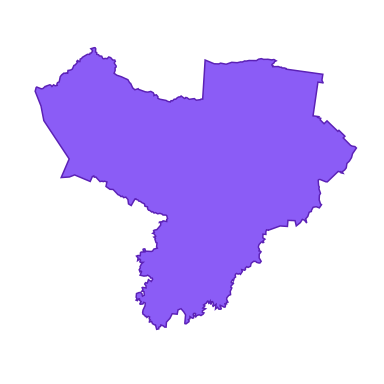 the district of Barossa, South Australia, Australia, rotated 273°
{"feature_id": "25037944B31531764292735", "entity_name": "Barossa", "entity_type": "district", "adm_level": 2, "iso_a3": "AUS", "parent_name": "Australia", "parent_adm1": "South Australia", "projection": "albers", "projection_center": [138.893, -34.613], "detail": "fine", "context": "isolated", "style": "filled", "palette": "violet", "viewbox_px": 384, "rotation_deg": 273, "n_neighbors": 0, "source": "geoboundaries", "source_scale": "gbopen_adm2", "svg_char_len": 5975}
<svg xmlns="http://www.w3.org/2000/svg" viewBox="0 0 384 384"><g transform="rotate(273 192 192)"><path d="M244.5,353.9L245.9,352.3L246.2,349.6L246.9,347.9L253.9,340.2L255.7,341.8L261.3,335.5L260.2,334.5L270.1,323.1L267.1,320.3L270.7,316.3L272.3,316.7L273.0,313.8L273.9,314.6L274.4,308.9L308.3,312.0L307.9,317.1L307.3,317.5L310.4,315.9L316.4,316.5L319.6,279.6L320.2,279.6L320.7,277.8L320.6,275.4L321.3,274.9L321.2,273.3L321.8,271.8L321.4,266.1L322.4,266.2L322.5,265.4L323.6,265.2L325.3,267.2L326.5,267.6L327.4,269.2L328.6,266.9L328.1,264.7L328.5,261.0L328.2,256.5L328.8,254.3L328.1,251.5L326.6,249.5L326.3,242.0L325.5,239.0L325.7,237.9L324.4,235.3L324.5,233.9L323.5,230.4L323.6,224.9L321.4,219.4L322.2,213.8L321.3,212.0L321.2,207.5L324.5,198.2L285.3,197.8L285.3,196.2L284.7,195.8L283.9,191.5L285.4,189.4L284.4,184.4L286.0,181.9L286.0,180.6L285.3,180.4L285.0,179.6L287.3,176.1L286.3,175.0L286.2,173.7L285.4,172.4L283.8,170.9L283.7,169.3L282.1,167.9L282.1,166.3L280.8,165.6L281.2,163.0L282.1,161.3L283.0,154.9L283.8,153.0L285.4,153.0L287.2,151.3L286.4,149.0L287.3,149.1L289.1,148.1L290.3,145.6L289.4,142.6L289.6,140.1L291.8,132.9L292.3,132.8L291.1,129.6L292.9,127.3L297.3,125.0L297.8,124.0L300.7,122.2L303.4,115.5L304.7,110.8L306.5,108.0L309.4,108.9L312.0,108.7L312.7,109.6L313.8,109.7L316.5,107.7L317.6,107.8L318.3,108.6L319.7,108.0L319.7,105.9L321.9,103.8L322.5,101.8L320.7,100.3L320.9,98.2L320.4,97.0L320.7,95.9L322.9,94.7L323.1,92.3L324.2,91.5L324.5,89.7L326.3,89.5L326.8,88.3L330.0,88.4L331.0,87.7L331.0,86.8L329.8,83.5L328.1,85.2L327.4,85.2L325.6,84.2L325.3,83.0L324.1,82.6L324.0,80.3L320.8,75.5L319.5,74.7L318.9,73.4L316.4,73.2L316.4,72.3L317.4,70.9L316.5,70.1L315.5,70.8L313.0,68.9L312.1,67.4L308.5,66.1L307.4,64.3L306.9,61.8L304.1,61.6L304.4,60.1L303.9,59.8L304.0,57.8L302.1,55.7L300.3,54.4L295.0,53.6L294.2,52.0L292.6,51.4L291.4,51.8L290.9,49.8L291.8,48.2L290.0,46.6L291.4,45.3L291.6,44.4L290.1,40.7L289.6,40.5L289.7,39.8L287.5,37.7L287.2,36.0L288.7,31.5L288.2,30.9L284.4,30.1L270.0,36.7L255.5,40.3L218.6,67.6L199.6,60.6L200.6,68.8L202.9,73.9L197.2,89.8L202.2,91.7L202.9,93.1L201.7,93.6L201.9,95.2L197.6,99.6L198.1,101.6L197.7,102.8L198.2,103.9L197.6,106.5L193.0,105.8L190.4,109.9L190.4,113.1L185.5,118.2L184.8,120.1L183.7,121.3L184.1,122.8L182.8,124.0L183.4,126.2L181.2,128.4L176.8,129.2L175.3,132.0L182.1,135.4L182.3,136.3L181.7,136.5L181.2,138.5L180.2,139.2L179.8,141.3L179.0,142.0L177.7,145.1L175.3,145.8L174.9,148.3L172.8,148.6L171.6,149.6L171.3,150.9L169.9,152.8L170.3,153.8L169.0,155.2L169.5,156.6L168.4,158.9L169.0,161.1L168.4,163.2L167.5,164.2L167.6,167.1L167.1,168.0L164.1,169.0L163.3,168.2L161.2,168.3L161.7,164.6L160.8,164.1L160.3,161.1L159.8,161.0L160.1,162.4L157.2,162.4L152.6,158.9L151.9,156.2L151.2,155.6L149.8,156.5L148.7,155.0L148.4,156.1L146.0,158.1L145.5,157.8L145.0,156.3L143.7,157.9L142.8,157.5L139.6,158.7L139.3,159.7L135.4,159.5L134.1,160.3L133.0,156.9L131.0,155.7L130.5,154.6L130.5,148.8L132.7,147.9L132.7,147.0L132.3,146.2L131.6,146.1L129.7,147.7L129.4,144.4L128.6,143.7L125.7,143.7L125.8,141.4L125.1,139.9L123.2,141.6L120.7,141.3L122.3,143.3L121.4,144.2L119.8,143.6L119.1,144.0L119.2,146.9L117.6,145.3L114.6,144.0L113.5,144.4L111.6,143.3L109.6,144.2L110.4,145.1L109.7,145.8L106.2,144.5L105.5,148.4L105.9,150.9L106.6,152.0L105.3,154.5L104.0,155.1L103.9,156.8L102.8,157.3L100.5,156.0L102.2,153.1L98.9,152.2L98.6,151.8L99.1,150.6L98.3,149.8L97.5,149.6L95.9,151.0L93.8,151.1L94.2,147.8L93.9,147.2L91.7,148.1L90.3,147.1L90.4,148.2L89.9,149.3L86.5,149.8L85.4,148.0L87.9,147.3L89.0,145.9L88.8,144.3L87.7,141.9L84.0,141.7L82.4,142.7L81.1,141.8L80.6,143.2L82.6,144.5L82.6,145.1L80.9,145.5L80.0,146.9L77.8,145.8L77.2,146.1L77.6,148.8L79.3,149.7L78.6,151.2L75.8,151.0L71.6,149.3L69.0,149.0L67.4,149.5L66.4,151.2L65.2,152.0L65.3,153.0L64.4,153.5L65.5,154.8L65.0,156.2L63.1,155.9L62.2,157.0L60.9,156.2L59.9,156.3L60.6,158.4L58.5,159.4L57.3,161.7L57.3,162.5L53.0,163.9L53.6,166.0L55.2,166.0L56.1,167.6L57.6,167.9L56.7,170.6L55.7,171.6L55.7,173.2L60.7,173.3L64.7,176.6L69.4,178.6L69.2,183.6L73.5,184.2L74.9,187.1L71.9,190.0L69.0,192.0L60.7,191.7L60.2,191.8L60.0,192.9L62.3,195.7L63.2,195.9L64.3,195.1L65.4,196.6L67.4,196.5L66.0,199.0L66.3,200.1L67.8,200.4L69.4,199.6L70.7,199.9L71.0,201.3L70.5,202.0L68.8,201.4L67.5,202.3L68.8,203.2L69.8,205.5L69.1,207.4L70.6,209.5L71.9,210.3L72.4,208.6L74.0,208.7L76.1,211.6L76.7,208.9L78.9,210.8L79.8,209.5L81.8,212.1L83.8,213.2L83.8,213.8L82.0,214.5L83.9,215.8L81.8,215.8L81.1,216.6L81.3,217.1L83.5,217.3L83.6,218.3L81.9,219.2L79.4,218.7L78.9,219.1L81.1,221.9L76.4,221.6L78.2,223.4L76.4,225.0L76.5,227.0L77.3,227.3L79.7,226.0L80.4,226.1L78.7,230.1L78.9,231.1L80.2,231.4L82.0,230.8L82.0,232.4L83.6,232.2L83.9,233.6L86.6,232.2L88.2,232.3L90.6,234.1L91.5,235.9L94.8,235.4L98.3,236.8L98.9,235.8L100.2,235.9L102.9,238.2L103.7,237.7L103.2,237.1L103.5,236.0L104.3,235.9L106.5,237.1L105.7,238.1L108.3,238.7L109.4,240.0L111.0,239.5L112.2,239.8L113.0,240.8L112.4,242.3L113.0,243.7L112.3,244.7L115.2,246.4L117.1,245.7L116.6,248.8L117.7,249.5L118.7,249.2L120.3,250.6L119.6,251.9L120.9,254.3L123.9,254.8L126.0,257.2L126.0,259.2L125.1,260.3L124.6,262.5L124.7,263.6L126.4,264.7L129.7,262.5L133.4,262.4L135.9,264.1L136.5,263.5L136.7,262.0L138.4,262.3L139.8,261.3L141.3,261.2L143.2,261.8L145.7,263.9L145.8,264.6L145.1,265.4L145.4,266.2L147.1,265.6L148.7,267.3L150.0,265.1L153.6,265.1L153.5,268.0L156.2,267.8L158.1,268.4L157.8,270.3L158.2,270.4L158.1,270.9L162.7,281.8L162.6,289.1L168.7,289.3L168.8,296.4L163.6,297.9L167.1,301.8L170.4,303.6L169.8,305.7L167.0,308.2L171.3,307.0L173.6,308.9L177.9,310.1L178.8,312.2L180.1,312.3L183.1,313.8L183.8,316.8L182.8,320.0L186.1,322.0L186.9,320.9L190.9,319.4L195.4,319.4L197.4,320.4L201.8,318.6L203.7,318.8L205.0,318.1L210.4,317.4L211.1,318.2L211.2,319.3L209.2,325.1L209.2,326.6L220.2,336.9L219.8,338.6L220.1,339.3L219.0,339.7L218.6,341.9L220.0,340.9L222.0,343.3L224.2,344.8L228.6,345.2L231.2,347.6L234.7,349.5L238.6,350.3L244.5,353.9Z" fill="#8b5cf6" stroke="#5b21b6" stroke-width="1.5"/></g></svg>